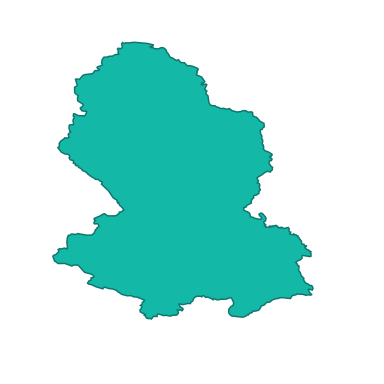 Ikalamavony, Haute Matsiatra, Madagascar (Equal Earth projection), rotated 104°
{"feature_id": "10022922B85703559853082", "entity_name": "Ikalamavony", "entity_type": "district", "adm_level": 2, "iso_a3": "MDG", "parent_name": "Madagascar", "parent_adm1": "Haute Matsiatra", "projection": "equal_earth", "projection_center": [45.831, -21.226], "detail": "fine", "context": "isolated", "style": "filled", "palette": "teal", "viewbox_px": 384, "rotation_deg": 104, "n_neighbors": 0, "source": "geoboundaries", "source_scale": "gbopen_adm2", "svg_char_len": 6017}
<svg xmlns="http://www.w3.org/2000/svg" viewBox="0 0 384 384"><g transform="rotate(104 192 192)"><path d="M292.4,308.5L292.3,308.0L293.8,304.6L292.1,298.1L292.9,290.6L291.5,289.2L290.5,284.8L295.9,276.8L296.1,269.0L297.9,266.6L299.4,267.9L299.7,269.1L302.0,268.8L303.4,270.6L305.8,271.3L306.4,269.6L306.2,267.0L307.2,262.1L307.5,255.7L307.5,255.1L305.4,254.0L305.8,249.2L305.3,245.8L305.6,241.8L306.4,240.6L308.3,235.4L308.4,229.9L307.3,226.1L307.8,223.5L307.3,220.1L308.3,212.3L309.0,211.9L311.2,213.5L313.3,213.2L314.4,214.6L315.1,212.9L317.6,213.2L319.0,214.0L320.8,213.2L322.3,207.8L323.1,208.4L323.6,207.1L324.4,206.8L325.4,205.2L325.4,203.4L324.8,202.5L325.1,200.7L322.0,199.3L321.2,195.7L319.4,196.1L318.4,195.2L318.8,189.5L317.9,187.4L317.7,183.1L316.2,180.8L315.2,177.1L313.2,176.0L312.2,176.0L310.0,177.7L309.3,174.1L309.7,173.0L308.1,172.2L307.1,172.9L306.2,175.7L304.0,177.6L303.6,177.4L303.5,173.6L301.1,169.0L300.7,166.6L299.3,166.3L297.5,164.9L295.2,164.7L293.6,163.9L291.9,162.0L291.1,158.6L291.4,157.2L290.4,156.9L289.8,155.5L291.0,153.3L290.2,152.0L290.2,151.1L290.7,147.6L291.5,145.5L290.3,145.3L290.5,140.9L289.1,138.0L287.7,132.9L285.3,129.5L285.3,128.0L289.4,124.7L292.2,124.8L293.7,126.5L296.9,127.9L300.3,127.2L301.9,125.4L302.7,123.5L301.4,113.7L300.7,111.4L298.5,108.9L297.5,108.5L297.7,107.6L296.0,107.0L294.4,104.5L292.9,104.2L292.3,101.8L290.7,98.9L288.7,97.8L285.8,97.1L284.0,94.4L281.3,93.1L279.8,89.6L277.6,88.3L275.8,85.9L274.3,82.4L273.4,81.1L272.6,78.7L271.6,70.8L268.2,69.6L266.5,66.1L265.7,65.9L264.5,59.9L264.6,56.3L263.8,54.8L263.3,51.8L262.6,51.1L261.1,53.4L258.9,55.4L258.4,55.5L257.9,54.4L258.1,51.6L256.5,51.2L255.3,51.8L253.8,53.2L254.2,55.5L253.5,56.3L252.6,60.1L250.2,62.6L248.8,62.5L246.6,66.0L244.0,67.4L242.2,69.6L238.0,70.2L237.3,72.1L236.5,72.3L235.2,74.3L233.6,73.2L231.6,70.5L229.7,69.2L227.6,69.9L226.8,69.5L226.1,61.7L225.5,61.0L222.8,61.7L221.9,62.6L221.2,62.2L220.9,63.6L220.0,65.1L220.0,66.6L218.8,68.9L217.7,69.0L217.3,67.9L216.6,67.9L216.6,68.7L217.0,69.1L216.6,70.1L215.7,70.6L215.9,72.7L212.8,74.3L211.4,76.4L210.7,76.7L210.4,77.9L208.9,78.6L209.1,79.8L208.4,80.7L208.9,81.4L208.0,83.1L208.9,83.5L209.2,85.9L208.9,87.0L207.1,86.5L207.1,87.4L206.5,88.3L203.9,89.0L203.1,90.2L205.1,93.6L204.5,96.9L205.5,97.2L205.4,99.1L205.9,99.6L204.7,100.4L204.0,102.5L205.0,103.4L204.8,104.2L206.1,105.4L205.5,106.1L207.2,107.2L207.2,107.9L206.2,108.3L207.7,109.3L208.4,111.6L207.6,112.0L207.3,113.3L206.2,112.5L205.8,113.8L205.1,113.8L204.8,114.7L203.9,114.9L203.2,114.9L202.3,113.7L199.6,113.8L198.3,114.9L195.8,118.6L195.9,120.4L197.3,121.6L198.6,120.8L199.6,118.8L201.1,117.9L202.2,119.9L202.3,125.5L201.8,126.6L202.0,129.2L198.7,130.9L197.8,133.1L197.7,135.6L196.7,137.6L194.6,138.0L193.6,136.0L191.7,135.5L188.4,131.8L187.3,132.3L184.7,132.1L182.8,130.7L181.3,131.3L180.2,130.7L179.4,128.8L177.1,126.7L175.5,127.2L173.3,126.2L171.2,128.0L169.4,127.7L167.6,128.7L167.3,130.9L165.2,130.1L163.6,131.9L162.3,132.3L158.0,128.0L154.8,125.5L153.7,123.8L153.6,120.7L152.6,120.7L151.3,119.5L148.5,119.8L148.1,121.4L145.2,124.4L143.0,124.4L142.4,122.6L141.5,122.4L140.7,122.3L140.0,124.4L139.2,125.2L138.6,123.9L138.0,124.5L136.9,123.2L135.9,123.6L134.6,127.9L134.4,131.0L133.0,133.1L131.0,133.3L129.3,134.2L128.2,135.6L125.7,135.6L124.0,136.4L123.0,137.7L120.9,137.6L118.8,139.6L115.4,140.8L114.1,139.0L112.3,138.7L111.3,137.6L108.0,138.8L107.0,142.9L104.0,147.2L103.6,150.9L102.8,151.7L100.5,152.3L99.8,153.5L100.9,157.0L100.1,159.4L100.5,161.6L102.1,164.1L103.5,167.5L103.4,172.9L102.0,175.9L103.4,178.5L103.1,181.5L104.2,184.3L103.5,186.4L103.6,188.6L102.7,190.6L103.3,193.0L103.1,195.3L101.4,197.1L94.8,199.8L93.4,202.2L92.1,202.5L90.4,202.0L89.3,204.6L84.3,203.6L83.9,204.8L85.6,207.8L85.7,208.8L84.0,209.1L83.7,207.4L81.8,206.3L78.1,210.5L77.3,216.0L74.3,215.9L73.3,216.4L71.8,215.6L70.8,216.2L69.9,221.3L70.0,224.8L70.7,227.1L68.4,230.6L69.1,234.4L66.9,237.2L68.2,239.0L66.8,243.1L66.5,245.8L63.6,248.5L62.3,250.5L60.8,251.1L59.2,253.6L59.1,256.3L61.4,259.6L62.0,263.4L61.1,265.2L61.9,266.6L61.2,267.7L59.5,265.1L58.6,265.3L58.6,270.9L60.7,284.3L62.7,289.6L63.3,292.5L64.4,293.7L63.8,295.6L65.3,296.1L68.2,294.7L69.1,294.9L70.3,296.1L70.3,298.4L71.3,298.9L73.1,297.5L74.7,297.5L76.0,296.4L77.2,299.5L79.5,302.2L80.3,305.1L81.8,307.4L82.4,310.0L85.3,311.2L88.5,311.0L89.9,309.9L90.9,310.0L93.3,313.8L94.1,314.3L95.0,313.4L95.4,311.5L96.6,311.9L97.8,315.6L101.0,316.9L101.6,317.9L103.7,323.7L105.2,326.1L110.0,328.5L110.2,331.4L110.9,332.3L116.1,329.2L117.0,329.4L118.8,331.3L123.9,329.9L125.0,328.6L125.9,325.7L128.9,325.8L131.2,324.9L133.1,319.3L133.8,318.6L135.6,319.1L137.3,320.7L138.3,320.4L139.9,318.4L139.3,313.9L140.6,313.6L144.0,314.4L145.4,320.9L144.5,324.8L144.8,325.8L147.1,325.6L147.8,324.5L148.5,324.3L150.2,324.9L152.0,324.6L154.7,323.3L155.5,323.8L156.5,326.9L157.1,327.3L160.0,326.7L162.6,325.3L163.1,324.2L165.9,326.1L168.7,324.6L169.6,325.5L170.4,328.7L171.7,329.2L174.4,331.7L176.9,332.6L179.9,331.7L181.4,332.9L184.9,328.6L185.8,324.9L185.5,321.4L186.1,319.8L187.3,319.1L188.5,319.6L190.2,317.9L190.2,314.6L192.7,314.1L192.8,312.0L194.0,311.8L194.5,310.7L194.0,309.6L194.6,308.3L195.4,308.2L196.3,305.1L197.9,303.0L197.8,301.4L199.0,298.2L199.6,297.8L200.9,294.8L202.1,291.3L202.1,290.1L203.1,289.0L202.5,286.0L203.5,284.3L203.9,281.8L204.2,281.4L206.3,281.8L211.0,273.4L216.9,266.8L218.1,262.7L219.1,262.6L220.7,261.3L220.1,260.7L222.3,259.1L224.0,255.9L225.8,253.8L228.1,255.4L229.1,257.7L230.6,257.6L233.6,260.3L235.6,268.1L234.2,271.5L235.2,273.3L237.4,275.3L241.2,280.4L242.4,280.3L242.9,278.8L244.2,279.6L246.2,279.5L246.5,278.5L245.6,276.1L246.3,274.9L248.0,273.8L249.7,275.5L250.7,275.3L251.9,276.5L255.5,277.0L258.2,279.1L259.4,284.0L260.0,293.0L261.3,294.3L261.8,298.3L262.4,299.4L263.6,300.1L264.0,301.5L266.9,301.9L271.3,301.2L275.0,299.7L277.5,299.6L277.3,302.4L278.8,304.7L279.0,306.6L280.2,308.0L281.3,307.0L282.7,307.1L285.6,309.0L287.2,311.2L288.1,311.4L292.4,308.5Z" fill="#14b8a6" stroke="#0f766e" stroke-width="1.5"/></g></svg>